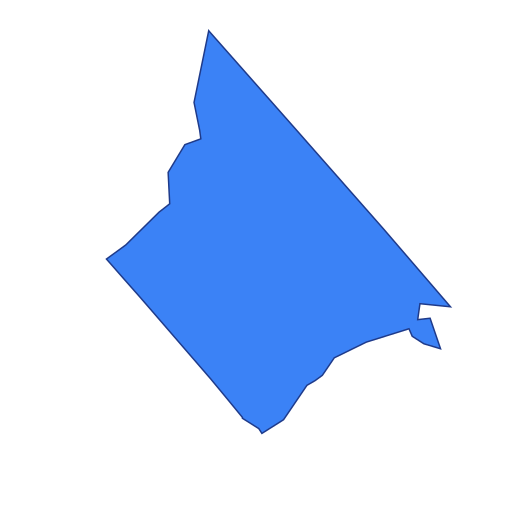 the district of Gaston, North Carolina, United States of America, rotated 46°
{"feature_id": "52423323B27279553412365", "entity_name": "Gaston", "entity_type": "district", "adm_level": 2, "iso_a3": "USA", "parent_name": "United States of America", "parent_adm1": "North Carolina", "projection": "natural_earth1", "projection_center": [-81.166, 35.285], "detail": "fine", "context": "isolated", "style": "filled", "palette": "blue", "viewbox_px": 512, "rotation_deg": 46, "n_neighbors": 0, "source": "geoboundaries", "source_scale": "gbopen_adm2", "svg_char_len": 719}
<svg xmlns="http://www.w3.org/2000/svg" viewBox="0 0 512 512"><g transform="rotate(46 256 256)"><path d="M427.6,151.4L325.6,145.5L210.3,140.2L197.6,139.6L64.2,133.7L62.1,133.6L61.1,133.5L102.5,193.9L126.6,209.3L133.4,214.3L126.5,229.8L134.8,261.1L158.5,281.8L158.0,286.9L157.1,295.2L157.4,323.0L157.4,325.0L157.6,341.9L154.3,365.7L181.7,367.0L197.3,367.7L200.3,367.8L217.6,368.7L219.3,368.8L293.4,372.9L313.5,374.0L314.6,374.1L338.1,375.9L362.7,377.9L363.3,378.5L382.1,373.9L387.7,375.0L392.9,349.9L384.4,309.2L386.7,300.0L387.9,291.1L383.6,270.4L394.6,236.4L414.6,196.5L422.3,199.4L435.8,196.2L450.9,187.7L421.7,174.0L414.1,183.9L404.2,171.2L427.6,151.4Z" fill="#3b82f6" stroke="#1e3a8a" stroke-width="1.5"/></g></svg>